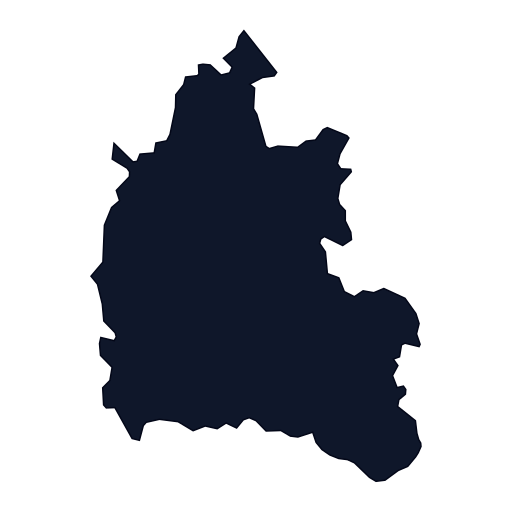 Oxfordshire, Albers equal-area conic projection
{"feature_id": "GBR-2751", "entity_name": "Oxfordshire", "entity_type": "Administrative County", "adm_level": 1, "iso_a3": "GBR", "parent_name": "United Kingdom", "parent_adm1": "", "projection": "albers", "projection_center": [-1.264, 51.807], "detail": "fine", "context": "isolated", "style": "filled", "palette": "ink", "viewbox_px": 512, "rotation_deg": 0, "n_neighbors": 0, "source": "natural_earth", "source_scale": "10m", "svg_char_len": 1861}
<svg xmlns="http://www.w3.org/2000/svg" viewBox="0 0 512 512"><path d="M114.2,340.7L116.3,336.9L115.1,332.7L103.8,321.0L102.3,304.0L97.5,284.2L91.0,276.2L102.9,262.1L104.4,225.2L111.6,207.5L119.6,200.7L116.3,190.4L129.4,176.7L129.6,171.8L127.1,168.2L112.2,159.1L114.0,143.3L133.0,161.9L137.1,161.3L140.0,154.1L154.2,152.9L155.9,143.0L166.7,140.8L170.0,134.4L175.5,107.6L175.8,94.7L183.7,84.6L185.6,77.0L197.2,75.7L198.9,74.2L198.5,65.0L202.9,64.2L210.2,64.9L221.1,75.0L229.6,72.9L232.2,67.1L223.4,58.2L236.0,48.0L239.1,36.7L243.9,30.7L276.7,72.4L274.2,75.9L262.5,77.5L249.6,84.2L254.6,88.1L253.5,108.8L256.8,114.3L265.9,146.4L269.3,148.6L277.9,146.1L297.7,147.3L306.1,141.1L315.5,140.0L323.1,129.6L327.3,127.6L346.9,135.7L348.9,138.0L340.0,153.8L337.4,163.7L340.8,168.8L350.7,169.3L351.3,171.8L340.1,184.7L337.8,198.5L339.6,204.5L345.3,210.7L345.3,220.9L350.8,232.2L351.5,239.6L342.7,245.5L324.4,236.5L320.8,239.0L319.6,243.3L325.4,251.9L327.4,273.6L338.8,277.8L344.3,291.6L354.4,296.7L363.1,290.8L373.8,292.7L383.8,288.5L405.0,298.3L415.9,313.6L419.1,323.6L416.5,333.9L420.1,344.3L419.1,346.6L405.0,343.2L401.5,344.9L399.5,356.8L393.3,359.1L397.9,365.6L392.5,375.6L397.1,387.6L403.4,386.1L405.8,389.5L405.4,394.2L398.9,399.6L397.6,406.5L415.4,420.7L416.9,433.3L418.7,439.6L420.7,443.0L421.0,446.5L418.2,452.8L415.6,456.9L407.8,466.3L398.2,470.5L385.0,480.2L376.0,481.3L369.5,477.4L354.4,462.8L347.5,459.6L338.7,458.5L329.9,455.0L322.0,449.6L316.1,442.4L312.7,432.2L297.9,437.0L290.4,436.1L280.9,430.5L266.1,431.0L256.1,420.7L249.2,417.7L243.3,419.8L236.6,428.0L226.1,423.0L217.2,428.7L205.2,426.0L193.1,430.7L178.1,421.7L159.4,419.3L146.2,422.3L143.3,425.6L139.4,440.3L132.1,438.5L114.9,407.6L106.3,407.9L103.6,404.9L102.7,387.8L109.9,380.5L112.1,367.3L100.5,355.4L99.5,343.6L100.8,337.5L114.2,340.7Z" fill="#0f172a" stroke="#020617" stroke-width="1.5"/></svg>